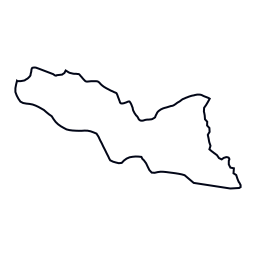 Radfan, Lahij, Yemen (Equal Earth projection)
{"feature_id": "15242507B45884450184914", "entity_name": "Radfan", "entity_type": "district", "adm_level": 2, "iso_a3": "YEM", "parent_name": "Yemen", "parent_adm1": "Lahij", "projection": "equal_earth", "projection_center": [44.984, 13.489], "detail": "fine", "context": "isolated", "style": "outline", "palette": "ink", "viewbox_px": 256, "rotation_deg": 0, "n_neighbors": 0, "source": "geoboundaries", "source_scale": "gbopen_adm2", "svg_char_len": 3800}
<svg xmlns="http://www.w3.org/2000/svg" viewBox="0 0 256 256"><path d="M233.9,168.3L230.4,167.6L228.8,164.4L228.8,160.7L229.3,159.6L229.4,159.1L228.7,157.7L227.7,157.3L226.2,157.1L225.4,157.4L223.7,157.9L221.7,159.4L219.0,158.1L217.0,155.2L214.5,153.3L214.4,153.3L212.5,151.8L211.9,151.4L209.4,149.3L210.5,145.8L209.3,142.3L209.0,140.8L208.6,138.5L207.8,134.9L208.5,133.6L209.6,131.9L209.5,130.1L209.4,128.0L207.1,125.5L207.2,121.7L205.0,119.3L204.7,115.4L204.2,112.7L203.9,111.7L204.1,107.8L206.1,105.0L208.0,101.8L209.7,98.7L209.1,98.3L208.3,97.9L208.1,97.8L207.1,97.4L206.1,97.0L205.0,96.6L204.0,96.2L203.1,95.8L202.2,95.3L201.2,94.9L200.3,94.7L199.3,94.6L198.1,94.6L197.1,94.6L196.2,94.8L195.0,95.0L194.1,95.3L193.0,95.5L191.9,95.7L190.9,96.0L189.9,96.3L189.0,96.6L188.0,97.0L186.7,97.5L185.6,97.9L184.6,98.4L183.6,98.8L182.6,99.2L181.6,99.9L180.6,100.7L179.8,101.3L178.8,101.9L177.7,102.5L176.8,103.1L175.8,103.9L174.9,104.5L174.0,105.1L173.0,105.6L172.0,105.9L171.0,106.0L169.8,106.4L168.8,106.7L167.9,107.0L166.9,107.3L165.8,107.6L164.6,107.9L163.7,108.2L162.8,108.5L161.8,109.0L160.9,109.4L159.9,110.1L158.9,110.8L158.0,111.6L157.2,112.6L156.7,113.7L156.0,115.0L155.5,116.1L155.1,117.3L154.3,117.9L153.4,118.4L152.4,119.0L151.4,119.3L150.5,119.4L149.4,119.5L148.4,119.6L147.4,119.6L146.4,119.7L145.3,119.9L144.3,120.2L143.4,120.5L142.3,120.7L141.4,120.7L140.4,120.5L139.4,119.9L138.7,119.1L138.2,118.1L137.6,117.0L136.9,116.1L136.1,115.4L135.4,114.3L134.7,113.4L134.2,112.4L133.6,111.3L133.1,110.2L132.8,108.9L132.6,107.7L132.1,106.5L131.3,104.4L130.5,102.9L129.9,102.0L129.6,101.6L129.1,101.4L128.7,101.5L127.8,101.7L126.9,102.1L126.0,102.5L125.0,102.8L123.9,103.2L122.9,103.4L121.8,103.5L120.8,103.3L120.0,102.5L119.7,101.3L119.2,100.1L118.8,98.9L118.3,97.7L117.9,96.6L117.5,95.4L117.0,94.2L116.4,93.1L115.4,92.6L114.5,92.3L113.5,91.8L112.5,91.3L111.5,90.9L110.6,90.5L109.5,89.9L108.2,89.2L107.2,88.7L106.1,88.1L105.1,87.5L104.1,86.9L103.0,86.1L102.1,85.4L101.3,84.7L100.5,83.9L99.7,83.0L98.9,82.2L98.0,81.6L97.1,81.3L96.0,81.2L95.1,81.2L94.1,81.2L93.1,81.2L92.1,81.2L91.1,81.2L90.2,81.3L89.2,81.4L88.2,81.5L87.1,81.6L86.2,81.5L85.3,81.1L84.5,80.3L83.7,79.5L83.0,78.7L82.3,77.9L81.6,77.0L81.1,76.5L80.8,76.2L80.0,75.2L79.2,74.3L78.2,74.0L77.3,74.0L76.2,73.8L75.3,73.8L74.3,73.8L73.3,73.7L72.4,73.5L71.2,73.2L70.2,73.0L68.9,72.5L65.7,70.5L64.4,73.0L62.9,74.0L62.1,74.6L56.8,75.2L56.5,75.5L56.1,75.6L55.7,75.6L55.2,75.5L54.8,75.3L54.4,75.0L53.9,74.7L53.5,74.4L53.3,74.2L39.4,68.9L35.8,67.6L34.1,67.5L33.5,67.6L32.4,67.8L31.9,68.3L31.7,68.9L31.5,69.5L31.4,70.1L31.4,70.3L31.3,71.4L31.2,71.7L31.2,71.8L31.0,72.7L30.8,73.3L30.7,73.8L30.6,74.4L30.5,75.0L30.4,75.4L30.4,75.5L29.7,76.5L28.8,77.4L27.9,78.3L27.0,78.9L25.9,79.5L24.6,80.4L23.2,80.7L20.8,81.1L20.5,81.1L17.2,81.1L17.0,80.9L16.1,84.5L15.4,88.2L15.4,92.0L16.7,95.5L18.4,98.7L20.4,101.6L23.1,103.0L26.4,103.6L29.4,103.9L32.6,104.5L35.6,105.6L38.4,106.9L41.1,108.4L43.9,110.0L46.4,112.2L49.1,114.4L51.7,116.2L53.6,119.2L55.7,122.0L58.1,124.3L60.9,126.3L63.7,127.9L66.5,129.4L69.4,130.1L72.5,130.5L75.7,130.7L78.6,130.8L81.6,130.8L84.6,130.6L87.6,130.7L90.6,131.3L93.6,132.4L96.5,133.6L98.5,136.7L100.1,140.2L101.8,143.4L103.3,146.6L105.0,149.9L106.7,153.4L108.4,156.7L109.1,158.3L110.2,160.3L113.1,161.7L115.9,162.5L118.8,163.2L121.7,162.9L124.0,160.5L126.6,158.6L129.6,157.3L132.5,156.8L135.6,156.5L138.6,156.6L141.4,156.9L142.4,158.9L143.9,160.3L146.1,163.3L147.8,166.9L149.4,170.1L151.7,172.6L154.6,172.8L157.7,172.1L160.7,171.7L163.6,171.8L166.6,172.1L169.6,172.5L172.8,172.9L175.7,173.3L178.8,173.8L181.8,174.4L184.6,175.2L190.5,180.2L193.7,182.9L230.3,188.5L239.1,188.0L240.6,187.1L240.6,185.1L239.2,182.4L238.8,182.1L238.0,180.2L237.4,178.7L236.2,175.0L233.5,173.3L233.9,168.3Z" fill="none" stroke="#020617" stroke-width="2"/></svg>